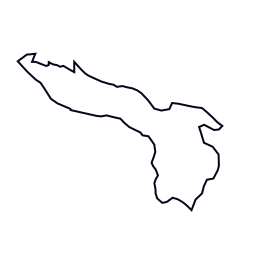 the district of Mesogi, Paphos, Cyprus, rotated 77°
{"feature_id": "46923920B58630451214078", "entity_name": "Mesogi", "entity_type": "district", "adm_level": 2, "iso_a3": "CYP", "parent_name": "Cyprus", "parent_adm1": "Paphos", "projection": "natural_earth1", "projection_center": [32.455, 34.811], "detail": "fine", "context": "isolated", "style": "outline", "palette": "ink", "viewbox_px": 256, "rotation_deg": 77, "n_neighbors": 0, "source": "geoboundaries", "source_scale": "gbopen_adm2", "svg_char_len": 1280}
<svg xmlns="http://www.w3.org/2000/svg" viewBox="0 0 256 256"><g transform="rotate(77 128 128)"><path d="M97.6,179.9L109.1,156.0L110.6,151.7L110.9,146.1L115.7,136.6L117.1,133.4L122.6,130.1L127.4,126.5L135.2,116.9L138.4,115.5L140.7,109.9L150.1,106.1L157.5,106.8L162.3,109.6L167.1,112.8L170.5,112.2L174.9,110.3L181.1,109.5L184.0,112.4L187.6,114.7L194.0,115.0L197.8,115.8L203.2,115.4L208.7,111.4L208.7,106.6L206.0,100.2L208.8,95.3L212.9,91.1L216.5,88.3L220.1,86.0L222.3,84.6L212.9,78.2L208.4,70.6L202.0,67.3L196.2,62.8L196.4,56.1L189.4,50.1L185.2,47.9L174.1,45.7L165.2,49.8L159.5,57.3L150.1,57.9L143.0,58.5L142.0,53.1L149.3,44.6L149.9,39.8L147.2,35.6L142.4,39.7L136.4,43.4L130.7,47.3L125.2,51.4L122.6,58.4L120.8,62.5L115.7,73.4L113.6,79.4L118.9,83.5L118.5,91.6L115.0,98.0L105.3,102.3L97.2,107.1L93.6,110.3L90.4,114.7L88.2,119.6L85.9,124.0L85.4,129.5L82.6,132.4L80.6,136.8L76.8,143.4L68.4,154.4L65.5,157.2L60.7,160.3L51.5,165.5L61.5,167.8L58.5,171.2L52.9,177.0L53.1,180.1L50.7,183.2L49.1,186.8L46.0,190.4L48.7,191.0L49.2,193.6L47.3,196.5L44.2,201.0L42.8,203.2L42.0,206.6L39.0,204.6L34.8,201.6L34.2,207.0L33.7,210.0L38.2,220.4L45.0,216.6L50.4,213.5L60.0,207.1L64.2,203.1L70.1,200.8L82.3,196.5L88.3,191.0L96.4,179.8L97.6,179.9Z" fill="none" stroke="#020617" stroke-width="2"/></g></svg>